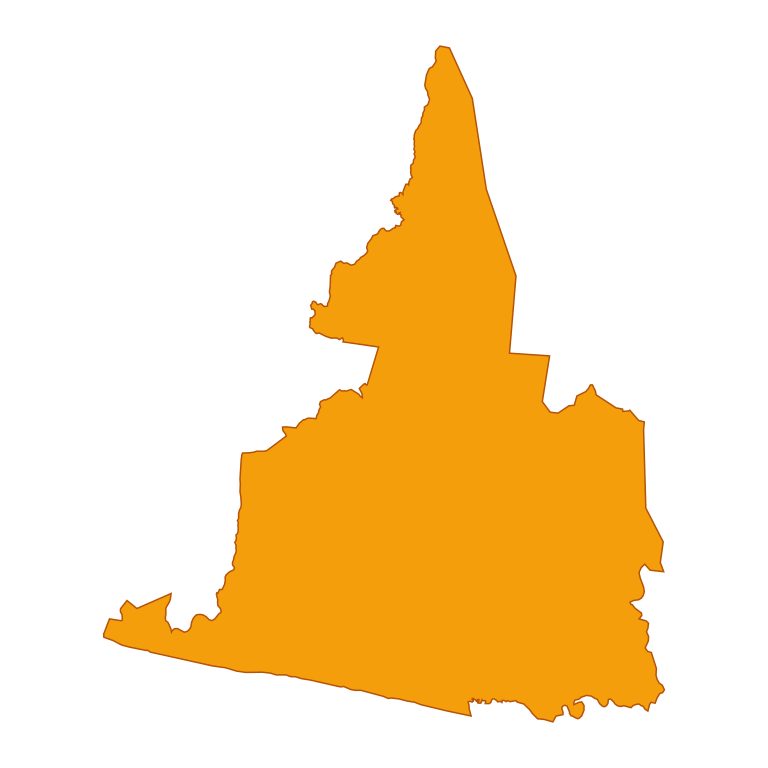 the district of Sud-Comoe, Sud-Comoé, Ivory Coast
{"feature_id": "98640826B87421109468433", "entity_name": "Sud-Comoe", "entity_type": "district", "adm_level": 2, "iso_a3": "CIV", "parent_name": "Ivory Coast", "parent_adm1": "Sud-Comoé", "projection": "natural_earth1", "projection_center": [-3.37, 5.661], "detail": "fine", "context": "isolated", "style": "filled", "palette": "amber", "viewbox_px": 768, "rotation_deg": 0, "n_neighbors": 0, "source": "geoboundaries", "source_scale": "gbopen_adm2", "svg_char_len": 6116}
<svg xmlns="http://www.w3.org/2000/svg" viewBox="0 0 768 768"><path d="M103.9,637.3L113.0,640.5L121.6,645.0L129.4,647.1L146.3,650.5L147.5,650.2L150.2,652.1L212.3,665.9L225.2,667.7L236.6,671.1L245.6,672.4L262.3,672.2L270.3,673.1L276.2,674.9L286.0,674.9L290.9,676.7L295.3,676.7L301.7,678.7L309.6,679.9L340.4,686.9L343.7,686.5L351.0,689.6L355.3,690.3L360.8,690.3L382.8,696.2L388.5,698.5L390.8,698.0L398.9,698.9L406.9,701.0L414.8,702.3L420.7,704.6L446.4,710.8L471.1,716.0L469.1,708.5L469.0,705.0L468.1,701.9L469.9,701.3L472.1,702.1L473.2,701.3L473.3,700.0L472.1,699.8L472.4,698.3L474.2,699.0L477.1,701.7L477.3,699.6L478.9,699.6L478.2,703.1L480.9,703.1L482.1,699.8L483.0,700.8L484.5,700.6L485.7,701.1L485.2,703.6L489.3,703.6L490.8,702.5L491.5,700.2L492.9,698.8L494.3,699.0L496.5,700.4L497.8,701.9L500.1,701.3L501.9,702.5L502.3,700.4L504.0,700.4L506.2,701.7L507.5,700.6L510.0,701.7L515.7,700.6L517.2,702.1L523.8,704.0L529.6,709.6L532.1,713.2L537.6,718.8L544.1,719.4L552.9,721.9L556.0,716.1L563.0,714.6L563.1,712.5L561.7,708.1L562.8,706.1L564.8,705.2L567.1,706.1L569.4,711.7L569.6,713.6L571.2,715.9L573.2,716.3L574.3,717.3L577.3,718.6L578.6,718.6L580.2,717.3L581.8,715.7L584.0,710.2L584.0,705.4L581.8,701.9L578.9,702.3L573.9,704.6L573.9,702.3L575.2,699.8L577.0,699.8L579.5,698.8L581.1,697.3L586.5,695.4L591.3,696.1L594.4,698.1L597.3,699.4L599.6,703.6L602.3,706.1L603.9,706.7L605.3,706.5L606.8,705.2L607.9,703.4L608.4,699.4L610.4,699.0L613.6,701.7L614.7,703.6L616.7,705.2L618.5,706.1L621.0,706.5L623.8,705.7L631.0,707.7L633.2,705.5L636.1,704.4L638.9,704.0L641.3,705.7L643.2,706.3L645.0,709.2L647.9,711.1L649.5,704.6L651.1,702.3L655.1,703.2L657.2,697.7L659.9,693.4L662.6,692.7L664.4,689.8L662.3,685.2L659.4,683.3L657.1,679.4L656.0,675.2L656.4,668.5L651.3,652.5L647.6,651.4L645.2,647.9L648.3,641.0L648.6,636.6L646.5,631.8L647.9,628.3L648.5,623.2L646.1,620.9L639.1,618.9L641.8,615.5L641.4,613.0L635.0,608.2L632.3,604.7L631.0,604.5L630.0,602.2L633.5,600.5L638.8,599.7L641.3,598.2L643.2,595.5L644.3,591.7L643.6,587.1L640.2,578.0L639.1,573.0L639.7,570.9L641.3,567.5L644.7,564.2L650.1,570.2L663.7,571.7L660.3,562.5L663.2,541.9L645.8,508.1L643.6,429.8L644.3,421.9L638.6,420.4L629.8,410.2L628.5,411.0L622.8,411.4L622.6,409.1L616.1,407.9L596.2,394.9L595.3,390.8L592.4,384.9L590.4,384.9L588.6,388.3L585.8,391.6L576.9,396.0L574.3,405.2L568.9,405.8L558.1,413.1L550.2,412.2L542.3,401.6L549.6,355.9L509.5,353.2L516.0,276.0L486.3,189.2L472.3,98.4L449.4,47.9L439.9,46.1L435.7,51.1L435.3,58.2L436.2,60.5L435.4,62.5L432.3,67.0L430.5,67.7L429.0,69.0L426.5,74.9L424.8,85.0L425.6,88.5L427.6,91.7L427.9,95.0L429.4,98.8L429.4,100.0L428.2,103.8L427.5,104.9L424.4,107.1L424.4,110.2L423.0,112.9L422.6,116.3L421.5,117.8L421.0,123.1L418.9,125.9L417.7,128.6L415.8,130.5L414.3,134.9L414.2,138.0L413.7,138.9L414.5,140.6L414.1,144.5L414.6,145.9L413.9,149.4L415.0,151.4L415.0,152.4L414.3,153.2L414.2,154.1L415.3,157.0L413.5,160.2L413.3,163.2L411.1,165.0L410.7,166.0L410.6,168.9L411.1,169.4L410.6,172.3L411.2,175.3L412.2,176.9L412.2,177.8L410.1,179.0L408.9,182.0L408.6,184.9L407.8,184.1L405.8,184.3L403.1,191.5L402.9,194.4L402.2,193.3L400.2,192.4L399.4,192.9L399.0,195.9L395.5,196.7L393.0,198.7L391.6,198.9L390.7,200.3L392.2,201.2L392.8,203.8L394.2,205.1L394.4,207.3L394.9,207.9L395.5,207.2L397.3,207.9L397.8,208.8L396.8,208.7L394.7,210.7L395.2,212.2L396.1,211.7L396.4,213.6L398.0,214.4L399.2,212.8L400.2,212.5L399.7,214.2L401.1,214.9L400.9,216.1L401.3,217.3L404.0,219.7L401.4,221.8L400.7,225.2L399.2,226.2L395.8,225.4L395.2,227.0L395.5,227.7L393.1,228.3L389.5,230.9L388.4,231.0L386.6,231.0L385.4,230.3L383.9,228.3L382.1,228.4L380.4,229.4L379.0,231.2L378.2,233.1L376.7,234.4L372.8,235.7L371.7,238.2L367.8,243.4L366.6,247.7L367.7,250.9L366.8,252.9L363.8,255.7L360.6,257.5L359.3,259.4L356.5,261.3L354.7,264.2L351.2,265.2L346.9,262.9L343.7,263.3L340.7,261.1L336.0,263.2L334.5,267.3L331.7,270.6L331.4,272.3L331.8,273.7L330.5,275.5L330.2,286.0L329.4,291.9L330.3,296.0L328.9,301.2L327.6,303.6L327.5,306.1L324.7,306.5L322.5,305.3L322.1,304.4L320.5,303.7L317.9,304.7L317.0,304.1L315.7,302.1L313.7,301.2L312.4,301.9L312.2,303.2L310.7,305.4L311.8,309.2L313.1,309.1L314.8,310.6L315.2,314.3L314.9,315.0L311.8,318.0L310.5,317.8L310.1,318.8L310.3,321.1L309.8,321.9L310.2,323.8L309.5,326.7L310.1,327.7L312.8,328.8L313.0,329.7L315.5,333.0L316.8,333.5L319.2,333.0L325.7,336.3L331.0,338.1L336.7,338.0L339.6,339.6L342.2,337.8L342.9,338.5L343.4,340.2L343.0,341.9L378.6,347.0L367.2,384.9L365.9,384.8L365.2,383.6L363.8,384.1L359.3,388.5L362.0,393.8L362.4,397.8L360.2,396.2L358.6,394.1L351.2,389.5L345.8,391.2L344.4,390.7L342.0,391.1L339.5,389.8L330.0,398.1L327.7,398.9L326.3,399.8L323.9,399.9L320.5,401.6L319.5,404.4L320.6,406.8L319.1,409.7L318.4,412.9L316.8,415.4L316.2,418.6L308.6,418.1L307.0,418.5L305.3,419.5L303.2,419.9L299.3,423.3L296.1,427.9L286.4,426.9L282.5,427.1L283.0,430.8L285.3,433.7L286.4,436.0L266.7,450.7L264.0,451.2L256.5,451.2L253.9,452.2L248.2,452.9L242.6,453.0L241.9,454.7L241.2,459.7L240.0,479.1L240.3,484.0L240.0,491.7L240.9,497.6L241.3,504.3L240.9,507.3L239.5,510.1L238.6,513.4L238.6,518.5L237.4,520.7L238.3,522.6L237.9,525.3L238.2,527.5L238.1,531.5L237.4,533.7L236.0,534.8L236.4,538.2L236.1,538.9L236.2,540.3L234.8,542.2L236.1,545.6L235.9,548.2L236.3,551.0L235.6,553.4L234.1,556.5L233.6,559.5L232.4,562.9L232.6,565.0L234.4,567.4L234.2,568.9L233.1,570.3L230.4,571.3L228.8,572.4L226.0,575.1L225.1,577.2L225.3,580.2L224.6,584.3L222.1,589.5L219.5,589.5L217.8,593.2L216.8,592.8L216.5,593.5L216.5,595.0L217.8,600.0L217.5,602.4L217.9,605.5L220.4,608.7L221.2,611.5L220.9,612.4L218.8,613.9L214.9,618.8L212.7,620.3L211.3,620.5L209.0,619.6L206.3,616.8L203.5,615.1L200.4,614.4L196.9,614.7L195.8,615.3L193.4,618.1L191.6,622.1L190.8,627.2L188.9,629.9L187.3,631.3L184.3,632.2L177.5,628.6L175.7,628.6L174.2,628.9L172.2,630.6L171.5,632.0L170.8,628.7L168.1,622.6L165.7,620.6L165.3,618.0L165.9,613.9L165.8,608.7L166.4,607.0L169.4,602.0L170.4,598.8L171.1,593.5L136.9,608.5L127.0,600.5L120.8,608.4L120.4,609.4L120.5,612.0L122.0,614.6L122.3,619.0L122.0,620.5L120.5,620.6L109.5,618.9L103.8,633.8L103.6,633.4L103.9,637.3Z" fill="#f59e0b" stroke="#b45309" stroke-width="1.5"/></svg>